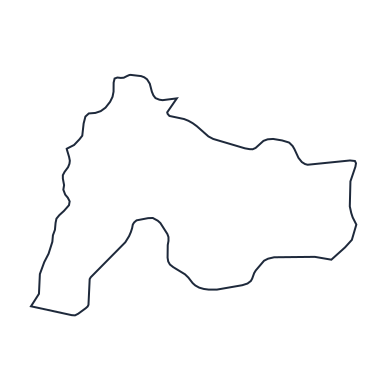 outline of Chimbu, rotated 88°
{"feature_id": "PNG-1242", "entity_name": "Chimbu", "entity_type": "Province", "adm_level": 1, "iso_a3": "PNG", "parent_name": "Papua New Guinea", "parent_adm1": "", "projection": "robinson", "projection_center": [144.883, -6.328], "detail": "fine", "context": "isolated", "style": "outline", "palette": "slate", "viewbox_px": 384, "rotation_deg": 88, "n_neighbors": 0, "source": "natural_earth", "source_scale": "10m", "svg_char_len": 1802}
<svg xmlns="http://www.w3.org/2000/svg" viewBox="0 0 384 384"><g transform="rotate(88 192 192)"><path d="M230.3,28.9L245.4,33.9L252.7,41.0L264.5,55.1L261.1,71.5L260.1,112.2L261.3,118.3L263.2,122.4L272.6,131.0L275.2,132.7L280.7,134.9L283.0,136.3L285.4,139.7L286.9,145.0L290.4,170.4L290.1,178.9L289.3,183.6L287.8,188.2L285.5,192.0L283.1,194.5L277.4,198.6L274.0,201.9L266.5,213.3L263.7,216.6L260.6,218.2L256.8,218.7L244.2,218.1L240.0,217.2L236.2,217.1L233.1,218.1L221.9,224.7L219.5,227.2L216.6,232.1L216.6,236.8L218.4,248.4L220.4,250.9L222.5,252.3L226.0,253.1L229.9,254.5L233.9,256.4L239.9,260.4L273.7,296.2L275.5,297.3L301.1,299.4L302.8,300.3L304.4,302.2L309.7,310.0L311.2,313.2L310.9,316.4L300.6,356.9L288.4,348.5L268.7,346.9L256.9,342.1L248.7,337.5L236.9,333.3L230.4,332.5L225.0,330.3L218.0,329.4L213.9,328.4L210.5,325.4L206.5,320.7L200.9,315.4L197.1,314.6L193.4,316.3L190.2,318.8L185.2,320.5L180.7,319.6L174.1,320.6L170.7,320.5L167.4,318.6L162.9,315.0L159.5,313.5L156.5,313.0L152.7,313.6L145.1,315.6L144.4,315.7L140.9,308.2L135.4,302.6L131.9,299.7L119.7,297.9L112.9,295.9L109.9,292.4L109.6,285.8L108.0,280.4L104.7,275.5L99.0,270.7L94.1,268.1L89.0,266.9L80.0,266.5L75.9,265.4L75.0,262.6L75.5,259.2L75.4,256.2L73.9,253.0L72.9,250.5L72.8,249.3L74.4,238.8L75.7,235.7L77.8,233.0L82.3,230.4L90.4,228.6L94.1,227.2L96.9,225.2L98.6,221.4L99.2,218.2L97.9,203.9L111.5,214.0L113.1,213.6L115.2,211.9L118.8,197.4L120.7,193.1L123.2,189.0L126.4,184.9L137.0,173.7L139.7,169.0L150.2,137.6L151.2,132.9L151.4,129.9L150.2,126.9L143.4,118.8L142.0,114.6L141.8,109.1L143.6,100.2L145.9,93.4L146.5,92.7L149.6,89.8L152.8,88.1L161.6,84.4L165.9,81.2L168.0,78.1L168.8,75.5L166.0,33.0L166.7,28.1L169.0,27.1L172.4,27.8L186.9,33.3L211.9,34.8L218.5,33.6L223.0,32.3L230.3,28.9Z" fill="none" stroke="#1e293b" stroke-width="2"/></g></svg>